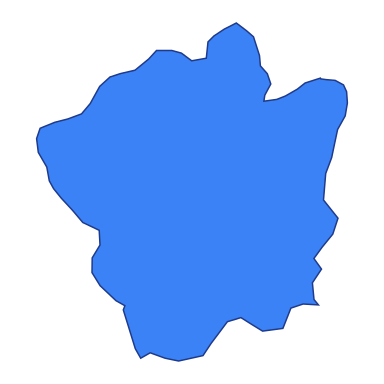 the district of Ulricehamn, Västra Götaland, Sweden
{"feature_id": "70781695B39673713776629", "entity_name": "Ulricehamn", "entity_type": "district", "adm_level": 2, "iso_a3": "SWE", "parent_name": "Sweden", "parent_adm1": "Västra Götaland", "projection": "albers", "projection_center": [13.518, 57.833], "detail": "fine", "context": "isolated", "style": "filled", "palette": "blue", "viewbox_px": 384, "rotation_deg": 0, "n_neighbors": 0, "source": "geoboundaries", "source_scale": "gbopen_adm2", "svg_char_len": 1137}
<svg xmlns="http://www.w3.org/2000/svg" viewBox="0 0 384 384"><path d="M320.4,78.1L305.1,83.0L297.4,89.1L285.4,96.0L276.8,99.4L263.9,101.2L264.8,95.2L270.8,84.0L267.3,73.7L260.4,65.9L259.5,55.6L253.5,36.8L246.6,30.8L236.3,23.0L224.3,29.1L214.0,35.9L208.0,41.9L206.3,58.2L191.7,60.8L181.4,53.1L171.9,50.5L158.2,50.5L156.5,50.5L148.7,59.0L135.0,70.2L120.4,73.6L110.0,77.0L99.7,86.4L90.2,103.6L81.5,113.9L67.7,119.0L54.8,122.3L43.2,127.0L40.1,128.3L36.6,138.6L38.3,152.4L46.8,167.1L49.3,180.9L53.6,188.7L61.3,198.2L72.5,210.3L82.8,222.5L99.2,230.3L100.0,245.0L92.2,257.9L92.0,272.6L100.1,285.7L116.0,300.7L124.9,305.7L123.3,309.9L128.6,327.0L135.3,348.7L140.7,358.2L150.2,352.8L165.1,358.2L178.6,361.0L203.0,355.6L211.1,343.4L219.3,332.5L227.4,321.7L240.9,317.6L251.7,324.4L262.6,331.1L282.9,328.4L290.9,308.1L303.1,304.0L318.4,304.9L314.0,299.5L312.4,282.8L321.5,269.1L313.9,258.5L322.2,247.1L332.8,234.1L338.0,218.2L323.5,200.0L325.7,173.5L331.0,159.4L331.7,157.5L333.9,146.9L337.6,129.5L345.2,115.9L347.4,103.0L346.6,91.7L343.5,84.9L335.2,80.4L326.1,79.6L320.8,78.9L320.4,78.1Z" fill="#3b82f6" stroke="#1e3a8a" stroke-width="1.5"/></svg>